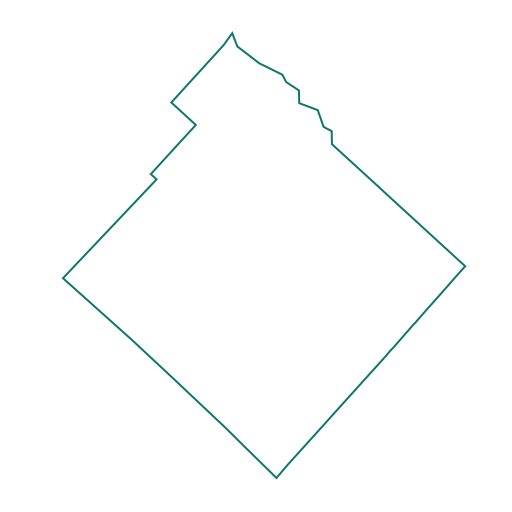 Cass, Missouri, United States of America (Albers equal-area conic projection), rotated 221°
{"feature_id": "52423323B27158258855526", "entity_name": "Cass", "entity_type": "district", "adm_level": 2, "iso_a3": "USA", "parent_name": "United States of America", "parent_adm1": "Missouri", "projection": "albers", "projection_center": [-94.412, 38.646], "detail": "fine", "context": "isolated", "style": "outline", "palette": "teal", "viewbox_px": 512, "rotation_deg": 221, "n_neighbors": 0, "source": "geoboundaries", "source_scale": "gbopen_adm2", "svg_char_len": 720}
<svg xmlns="http://www.w3.org/2000/svg" viewBox="0 0 512 512"><g transform="rotate(221 256 256)"><path d="M93.9,185.6L92.4,264.4L92.5,272.4L92.3,275.9L92.2,284.5L92.2,306.8L92.0,309.6L92.0,330.1L91.9,331.5L91.9,331.8L91.7,353.9L91.6,374.7L91.5,380.3L91.5,381.2L91.4,385.5L202.4,388.4L203.6,388.5L272.0,390.2L280.8,399.9L289.7,397.8L305.1,406.6L323.6,399.7L332.2,409.1L347.4,407.1L355.0,410.1L379.8,403.6L407.6,401.9L420.1,408.6L418.8,394.1L420.6,316.3L387.4,315.4L388.3,282.0L389.1,248.8L381.3,248.6L387.1,112.6L298.1,111.3L295.4,111.3L233.6,109.1L219.5,108.5L165.4,106.3L141.5,104.7L94.9,101.9L95.1,117.0L95.1,118.5L94.9,129.7L93.9,182.3L93.9,183.6L93.9,185.6Z" fill="none" stroke="#0f766e" stroke-width="2"/></g></svg>